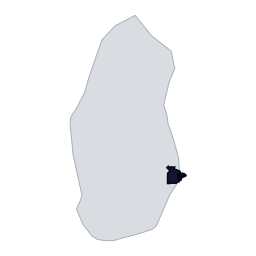 92, Al Wakrah, Qatar shown in context
{"feature_id": "91078587B57954650204567", "entity_name": "92", "entity_type": "district", "adm_level": 2, "iso_a3": "QAT", "parent_name": "Qatar", "parent_adm1": "Al Wakrah", "projection": "mercator", "projection_center": [51.612, 25.031], "detail": "fine", "context": "in_parent", "style": "filled", "palette": "ink", "viewbox_px": 256, "rotation_deg": 0, "n_neighbors": 0, "source": "geoboundaries", "source_scale": "gbopen_adm2", "svg_char_len": 2117}
<svg xmlns="http://www.w3.org/2000/svg" viewBox="0 0 256 256"><path d="M135.8,234.6L124.3,237.5L113.5,240.6L104.4,240.6L97.1,239.3L92.3,236.3L83.0,224.4L76.4,209.0L80.5,200.3L81.9,194.9L73.0,154.1L70.0,122.7L71.1,116.2L76.2,108.8L84.7,92.4L89.2,76.5L101.9,39.9L115.3,25.7L135.1,15.4L151.3,35.6L171.1,51.1L174.8,68.4L169.0,82.5L163.7,104.9L166.9,115.1L168.1,124.0L173.4,138.9L178.6,158.3L179.5,171.7L176.7,184.2L169.8,194.6L156.3,226.0L152.3,229.3L135.8,234.6Z" fill="#d9dde1" stroke="#a8b0b8" stroke-width="1"/><path d="M167.5,183.5L169.8,183.5L169.8,183.2L176.5,183.2L176.9,182.6L177.4,182.2L178.1,181.9L178.6,181.8L179.0,181.9L179.0,181.3L179.3,181.2L179.6,180.6L181.0,180.1L181.0,179.7L181.4,179.0L181.6,178.0L181.6,177.8L182.3,177.5L184.8,176.4L185.7,176.0L185.9,175.9L185.9,175.7L186.0,175.6L185.9,175.5L185.7,175.5L185.7,175.4L182.4,177.0L181.6,177.4L181.2,177.6L180.4,178.1L180.0,178.3L179.7,178.3L179.7,179.1L179.0,179.1L179.2,178.9L178.9,178.8L178.8,179.7L178.7,179.7L178.3,179.7L178.3,178.2L177.4,174.4L178.5,174.1L178.7,175.0L179.2,177.1L179.7,177.0L179.7,177.3L180.3,177.1L180.8,176.9L182.0,176.2L185.3,174.5L184.7,174.0L184.1,173.6L183.3,173.4L182.2,173.2L181.0,173.3L180.9,173.5L181.8,176.0L181.7,176.0L181.7,175.9L181.6,175.7L181.3,175.3L181.3,175.2L181.2,175.2L181.0,174.9L180.9,174.7L180.7,174.4L180.6,174.1L180.5,173.9L180.4,173.9L180.5,173.9L180.4,174.1L180.6,174.3L180.6,174.5L180.9,174.9L181.0,175.0L181.2,175.3L181.3,175.6L181.5,175.8L181.7,176.1L181.4,176.2L181.4,176.3L181.4,176.5L181.1,176.4L181.0,176.2L180.9,176.1L180.8,176.3L180.7,176.3L180.7,176.2L180.8,175.6L180.6,175.6L180.6,175.8L180.4,176.3L180.4,176.5L180.3,176.4L180.5,175.8L180.6,175.7L180.4,175.4L180.3,175.5L180.2,176.2L180.2,176.3L179.9,173.9L179.8,173.4L179.8,172.8L179.8,172.2L180.0,171.9L180.0,171.6L180.2,172.6L180.3,172.9L180.3,173.3L180.3,173.0L180.3,172.6L180.2,172.5L180.2,172.1L180.2,171.8L180.1,171.6L179.9,171.2L173.9,168.7L174.8,167.0L173.2,167.0L171.2,166.9L171.2,167.4L170.3,167.4L168.3,166.2L166.8,167.6L169.6,170.4L169.7,171.3L167.6,173.3L167.5,183.5Z" fill="#0f172a" stroke="#020617" stroke-width="1.5"/></svg>